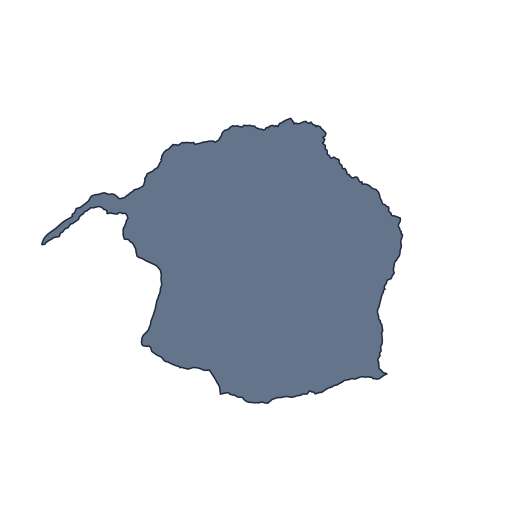 Almaguer, Cauca, Colombia, rotated 219°
{"feature_id": "7082276B90942286802218", "entity_name": "Almaguer", "entity_type": "district", "adm_level": 2, "iso_a3": "COL", "parent_name": "Colombia", "parent_adm1": "Cauca", "projection": "robinson", "projection_center": [-76.812, 1.912], "detail": "fine", "context": "isolated", "style": "filled", "palette": "slate", "viewbox_px": 512, "rotation_deg": 219, "n_neighbors": 0, "source": "geoboundaries", "source_scale": "gbopen_adm2", "svg_char_len": 6144}
<svg xmlns="http://www.w3.org/2000/svg" viewBox="0 0 512 512"><g transform="rotate(219 256 256)"><path d="M430.2,130.8L429.4,130.2L427.7,132.0L427.4,133.0L427.7,134.0L427.5,134.9L426.7,137.6L425.4,140.5L425.1,142.2L423.9,144.2L422.1,146.0L421.3,147.2L421.3,148.3L422.3,150.1L422.2,150.9L421.3,153.4L421.6,156.4L421.0,158.1L419.9,159.5L420.2,164.1L419.0,165.7L417.2,172.0L417.0,173.3L417.7,174.2L417.9,175.2L417.6,177.9L416.8,179.6L417.1,182.7L415.8,184.6L415.7,186.1L415.0,187.6L414.9,189.5L412.7,191.0L409.9,195.0L408.2,196.2L406.2,196.7L403.8,196.4L402.6,197.0L400.4,197.3L399.9,197.0L398.8,195.5L397.9,195.5L396.9,197.3L390.7,200.8L390.0,201.7L389.9,203.3L388.8,204.3L388.0,204.7L386.6,204.8L384.5,206.9L381.3,206.3L380.9,205.7L379.2,204.7L379.0,201.7L377.9,200.0L377.5,198.2L376.9,197.2L376.7,194.6L375.5,192.4L372.5,188.8L369.0,186.3L365.9,188.3L365.1,188.5L363.2,188.0L359.7,188.3L353.9,185.7L351.3,183.3L348.3,181.0L346.4,181.1L343.0,182.4L338.3,183.1L328.3,185.7L325.9,185.7L321.9,184.9L320.9,184.4L317.8,181.8L315.1,178.0L311.7,174.9L310.9,173.7L310.0,170.9L307.9,167.7L307.0,165.7L307.0,164.7L305.3,160.7L305.3,159.9L304.8,158.6L301.1,151.6L298.3,144.5L296.8,139.6L294.8,136.2L293.0,130.0L293.7,123.6L293.2,121.0L290.8,116.9L288.9,115.4L287.5,115.2L286.5,115.6L283.6,117.4L282.6,118.7L280.4,118.6L276.9,116.3L270.5,116.7L266.0,117.9L261.3,116.9L259.5,117.2L257.5,118.4L255.8,118.5L249.9,120.1L246.7,121.5L245.9,121.6L244.8,121.3L244.6,121.9L243.9,122.5L237.6,125.3L234.5,130.0L230.8,132.4L227.5,133.7L225.5,134.1L223.7,135.0L220.3,138.0L209.7,134.6L206.9,133.2L203.6,132.2L201.6,131.0L196.7,126.3L192.1,132.0L190.8,132.4L189.8,132.1L187.9,132.7L186.3,133.4L185.0,134.5L183.2,134.5L181.4,134.9L177.9,137.4L176.8,137.4L175.0,136.9L173.8,136.8L170.9,137.2L169.6,137.8L164.3,141.3L163.1,142.6L161.7,143.3L159.5,146.3L156.8,147.3L154.2,149.0L153.2,154.7L150.0,159.7L147.8,161.4L143.9,166.1L139.7,168.4L137.5,170.8L136.8,172.4L133.6,175.9L132.7,178.3L129.6,180.7L129.3,182.0L129.6,184.2L129.1,185.4L126.9,185.4L125.6,186.7L123.6,186.1L122.9,186.4L122.0,188.3L121.2,188.9L120.7,190.1L119.2,191.2L117.0,198.3L116.6,199.3L115.6,200.2L115.2,201.7L114.3,202.2L114.2,203.9L111.7,207.0L111.0,209.4L109.6,212.3L109.2,214.7L105.5,219.0L104.7,220.9L101.6,222.6L98.3,228.4L93.8,231.4L93.0,232.8L91.5,233.2L90.1,234.5L89.3,234.6L87.8,234.3L87.1,235.1L84.8,236.2L83.0,238.3L81.3,244.4L80.1,246.5L80.6,246.8L81.2,246.6L83.5,245.4L86.6,246.0L89.3,246.0L90.2,246.5L91.4,248.3L92.9,249.3L93.6,250.7L95.7,251.5L96.5,253.1L96.8,256.6L98.9,258.2L98.9,260.5L99.1,261.1L102.2,264.0L102.6,266.8L104.3,269.5L109.2,274.6L110.1,275.2L110.2,277.1L110.6,277.8L115.1,281.9L117.3,282.5L118.6,283.9L121.1,284.3L122.4,286.0L126.2,288.7L127.1,289.9L128.1,292.0L128.3,293.5L133.8,305.3L134.2,308.1L135.4,309.5L134.9,311.5L136.2,311.9L137.2,313.4L137.5,316.8L138.9,319.6L136.7,323.6L137.7,326.6L137.7,329.0L138.1,330.0L139.7,330.9L140.8,332.2L144.2,338.1L144.4,339.5L144.1,341.0L144.5,342.5L144.7,346.0L145.4,348.0L147.8,351.5L148.3,353.4L149.4,355.3L150.8,356.8L151.6,357.1L153.2,359.1L154.0,361.8L155.1,364.2L155.8,364.8L157.4,364.8L158.1,365.9L158.9,366.6L160.6,366.7L161.7,367.9L164.1,368.7L165.3,370.8L165.4,372.1L165.9,373.8L166.6,375.1L167.9,376.3L174.2,374.1L175.1,373.1L175.9,372.9L176.5,373.1L178.0,374.2L181.1,374.4L181.6,374.8L182.8,376.8L183.5,377.3L184.5,377.3L185.7,376.6L187.8,377.1L190.0,376.3L191.0,376.4L193.3,378.0L196.3,379.3L198.5,381.3L199.7,381.8L200.4,382.5L204.5,383.2L208.2,381.7L212.0,382.1L214.6,381.5L216.8,380.4L218.6,378.7L219.2,378.9L219.8,380.2L220.4,380.2L221.3,379.3L222.5,379.0L226.5,380.9L228.3,380.2L230.0,377.3L230.8,377.2L232.6,377.2L234.8,377.9L236.1,377.1L236.7,377.0L238.6,378.6L240.0,378.8L240.3,379.5L241.5,379.8L242.2,379.8L242.9,378.9L243.8,378.4L246.4,380.5L248.5,380.4L250.0,380.9L251.5,382.6L252.6,383.1L255.0,382.1L256.9,382.1L257.8,381.8L258.9,379.5L259.5,379.2L260.3,379.2L262.1,380.1L264.8,380.0L266.3,382.0L267.6,383.0L269.7,382.7L271.8,385.6L273.3,385.4L275.4,385.8L275.0,386.9L276.0,390.0L278.6,390.1L278.6,390.7L277.7,392.3L278.5,395.0L279.2,395.5L283.2,396.1L285.1,396.1L287.5,396.8L290.2,395.9L290.8,395.2L290.8,394.4L292.1,394.9L292.9,394.4L295.1,394.0L297.3,394.7L297.9,394.1L298.1,392.8L298.7,392.1L300.6,391.8L301.9,392.1L302.2,391.8L304.0,389.6L304.2,388.6L306.1,385.6L307.3,384.7L308.1,384.7L308.7,384.3L309.7,382.6L310.2,382.6L310.6,383.5L311.0,383.7L312.1,383.6L312.9,384.2L314.0,384.3L315.1,384.8L316.0,384.5L317.3,381.9L318.2,380.7L318.7,378.9L319.4,378.0L319.4,377.0L319.7,376.8L319.8,375.4L320.9,374.5L320.9,371.8L320.5,371.2L320.5,370.4L322.2,370.0L322.9,369.5L323.1,368.3L325.1,368.1L326.5,366.6L327.2,365.2L327.3,363.1L328.3,362.9L328.8,362.3L328.7,359.8L329.4,358.7L330.9,358.4L333.5,356.6L334.8,356.5L336.2,355.7L339.0,356.0L341.1,354.4L342.7,353.9L345.5,351.3L347.6,350.1L347.9,347.8L348.3,347.0L349.9,346.6L351.0,345.8L352.4,345.5L354.3,343.4L355.3,343.2L355.9,342.6L357.0,340.3L357.2,337.5L358.6,334.9L359.4,334.1L359.6,332.7L359.7,330.5L358.7,327.8L358.0,322.6L358.2,321.6L358.8,320.6L359.1,318.9L359.6,318.5L361.0,318.6L361.8,318.4L363.1,316.9L364.3,316.3L367.0,312.9L368.7,311.4L370.1,308.8L373.6,304.5L374.2,304.3L375.1,304.9L375.9,304.9L378.8,302.2L380.3,301.5L381.3,300.3L382.2,300.1L382.7,298.9L384.1,298.3L384.8,297.5L386.1,293.2L387.0,292.6L388.4,292.2L389.5,290.6L390.4,290.6L390.8,290.3L390.6,288.7L391.1,287.0L390.9,285.7L391.4,283.5L392.4,281.8L392.8,278.5L392.1,274.3L391.1,273.1L390.7,271.3L389.8,271.1L389.4,270.2L389.3,268.0L388.2,263.2L388.6,261.4L389.6,258.9L389.6,256.7L390.4,255.6L392.4,251.3L391.7,249.7L391.2,246.2L389.8,244.8L387.9,240.2L387.9,239.0L389.6,234.5L392.3,230.9L392.5,228.3L393.4,226.1L393.7,223.3L394.3,222.1L394.8,219.2L395.3,218.0L396.7,216.5L397.5,215.1L398.6,214.5L402.9,214.8L405.4,214.5L406.7,213.8L409.7,210.9L412.6,210.2L413.6,209.6L414.9,208.3L417.4,204.5L419.1,203.0L421.5,199.4L421.5,197.0L420.8,193.6L421.4,190.1L423.2,183.1L425.6,179.8L424.2,175.6L425.0,172.7L424.6,171.9L423.7,171.5L423.6,170.9L426.8,162.8L427.6,159.8L428.8,152.2L431.6,141.8L431.9,138.1L431.6,135.3L430.2,130.8Z" fill="#64748b" stroke="#1e293b" stroke-width="1.5"/></g></svg>